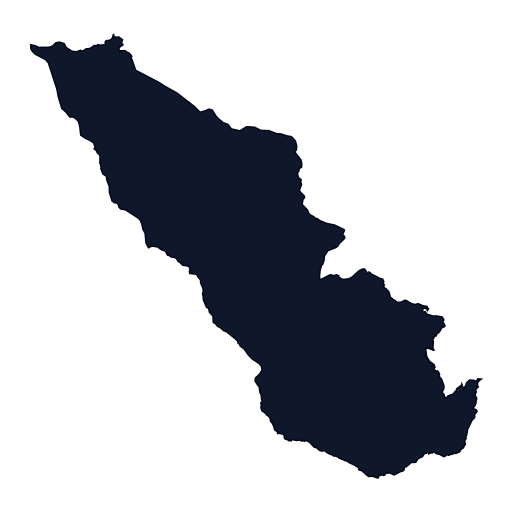 San Miguel de Urcuqui, Imbabura, Ecuador
{"feature_id": "8360857B34555635043771", "entity_name": "San Miguel de Urcuqui", "entity_type": "district", "adm_level": 2, "iso_a3": "ECU", "parent_name": "Ecuador", "parent_adm1": "Imbabura", "projection": "albers", "projection_center": [-78.284, 0.578], "detail": "fine", "context": "isolated", "style": "filled", "palette": "ink", "viewbox_px": 512, "rotation_deg": 0, "n_neighbors": 0, "source": "geoboundaries", "source_scale": "gbopen_adm2", "svg_char_len": 6015}
<svg xmlns="http://www.w3.org/2000/svg" viewBox="0 0 512 512"><path d="M463.2,448.0L465.5,443.9L464.9,442.8L464.9,440.1L466.1,438.6L466.0,436.4L466.7,435.1L467.7,429.2L472.2,419.9L473.8,418.8L473.8,417.8L474.8,417.2L474.5,414.6L477.1,411.5L476.2,409.7L474.1,409.2L473.7,407.9L472.5,408.2L472.3,407.8L474.1,406.7L474.0,406.0L475.1,405.5L475.4,403.8L476.2,403.0L475.8,402.2L476.8,398.2L475.8,396.9L475.1,394.3L476.3,392.0L475.6,389.4L478.3,386.9L477.7,386.2L477.5,384.0L478.1,381.6L481.3,379.1L477.8,378.8L476.2,381.5L474.0,380.3L469.5,380.0L466.5,382.9L465.7,385.8L464.3,387.4L463.5,389.5L461.8,384.0L461.5,385.1L456.7,388.8L456.0,390.9L454.5,392.1L453.6,393.8L447.8,396.0L447.4,396.9L445.5,398.0L444.2,396.1L444.1,394.4L442.1,392.3L444.0,388.2L443.9,385.6L441.6,379.3L438.9,375.9L439.6,374.6L438.5,371.9L437.5,370.9L436.2,371.1L435.5,372.0L435.2,370.3L434.2,370.8L433.8,370.5L433.7,369.6L435.0,367.1L434.1,364.9L433.1,365.4L433.7,364.4L433.1,363.9L430.1,361.8L429.2,362.1L429.3,361.0L427.7,358.1L427.0,358.0L426.7,356.0L423.6,355.7L426.4,354.7L425.7,348.6L428.1,348.1L430.7,349.2L431.4,349.1L432.3,350.0L433.9,350.1L432.9,347.8L433.4,341.3L432.6,340.2L434.8,336.0L436.3,335.9L436.6,334.0L438.7,332.7L440.6,330.2L441.3,328.1L444.0,326.9L445.1,325.9L442.6,321.2L443.7,320.5L443.8,319.4L442.0,316.9L436.2,315.9L433.4,316.1L427.0,314.2L425.2,311.6L424.0,312.1L422.6,311.7L422.9,308.9L424.2,308.1L426.7,308.8L427.4,310.5L428.5,308.7L427.4,307.9L427.2,306.5L422.8,305.7L418.0,303.6L415.7,304.5L411.8,303.8L405.7,300.2L404.1,300.5L401.4,302.1L397.0,302.3L395.1,300.4L392.5,299.4L392.3,298.5L390.4,297.3L389.0,292.0L386.3,289.0L384.1,287.5L383.8,285.9L384.3,284.8L383.4,284.4L383.7,281.4L382.6,279.0L378.8,278.1L377.7,277.1L371.3,274.1L370.1,272.6L368.9,272.1L368.9,273.4L367.0,273.5L367.3,273.2L366.4,271.5L364.5,269.0L362.9,268.9L359.1,270.7L351.9,277.2L348.6,278.8L343.7,279.4L340.7,278.8L340.4,277.9L338.8,278.0L338.7,275.6L337.6,275.6L336.8,274.8L333.8,275.6L330.3,274.7L320.0,279.9L319.5,276.1L320.1,270.4L321.5,265.4L322.7,264.3L323.9,260.8L324.5,255.9L327.8,250.7L335.6,247.7L337.8,246.1L339.3,243.5L343.8,239.2L344.8,238.0L344.7,236.6L342.6,234.6L344.5,230.3L343.9,229.5L334.5,225.0L326.5,223.4L319.7,220.5L317.0,218.5L315.0,218.2L313.9,216.7L311.2,215.4L308.7,213.4L307.5,210.0L302.1,204.4L303.0,199.3L304.4,198.0L304.5,196.8L304.2,195.9L300.3,191.9L299.4,190.4L301.5,184.6L300.7,181.7L301.2,179.8L298.4,177.5L297.4,173.2L298.7,171.3L299.3,168.4L301.4,167.4L301.8,165.1L301.5,162.1L300.7,159.6L294.7,151.8L296.4,150.0L296.7,146.1L295.5,141.2L292.7,137.9L291.2,136.6L286.2,135.7L280.7,133.8L276.9,133.8L268.8,130.6L260.9,130.4L254.5,127.2L246.5,126.7L240.0,130.8L231.4,128.9L228.0,124.4L223.1,122.6L218.9,119.1L216.1,116.2L212.3,110.1L208.8,109.1L205.1,110.9L200.0,112.2L194.6,106.7L177.2,93.2L163.4,85.4L159.4,82.7L135.7,70.3L131.9,59.4L131.3,58.9L131.1,57.3L131.8,56.5L130.8,54.8L129.0,53.0L126.3,51.8L125.0,50.6L119.7,50.8L119.0,49.8L118.9,48.7L119.8,46.9L123.0,44.9L122.8,44.2L121.4,43.7L122.5,39.7L118.7,36.9L116.4,37.3L114.4,36.8L113.8,35.9L113.6,33.9L112.4,37.8L111.2,39.5L109.0,40.4L106.4,40.6L105.4,41.4L105.0,45.2L103.8,44.9L99.4,45.1L98.0,44.6L96.2,45.9L94.4,45.4L89.9,48.5L86.2,48.8L82.9,51.1L80.6,50.3L75.9,51.9L74.1,51.3L72.3,51.4L66.1,47.4L64.2,43.6L59.7,42.1L55.8,42.8L52.6,46.1L49.1,47.3L38.9,47.4L35.3,45.7L30.7,44.8L30.8,48.4L31.5,50.2L33.2,52.2L35.1,54.1L45.4,59.5L48.3,62.7L56.8,88.8L58.4,97.1L61.9,108.6L65.7,111.8L69.8,117.0L73.2,117.0L76.4,119.2L78.5,121.7L79.8,126.9L80.7,135.1L85.2,138.2L90.7,140.8L93.7,143.0L95.1,147.2L94.2,148.5L94.3,149.2L96.0,150.1L97.1,152.5L100.0,155.5L99.9,163.5L101.1,165.2L100.6,165.9L101.2,167.1L100.8,168.5L102.9,174.0L106.4,176.3L106.8,179.9L109.3,186.5L109.4,192.2L112.1,201.1L114.8,202.9L116.8,203.0L117.8,203.7L119.0,207.1L120.6,209.0L125.4,209.8L138.1,218.0L140.4,220.5L141.8,223.9L142.9,229.2L145.1,233.3L146.0,242.9L148.3,247.5L148.7,247.8L149.6,247.0L152.5,246.1L157.8,247.0L160.8,249.4L165.2,251.1L167.6,255.2L168.9,255.3L170.8,256.8L175.5,257.7L177.7,260.3L178.1,261.4L179.8,262.3L182.8,265.3L186.9,265.8L189.1,266.7L190.1,269.2L189.4,271.3L189.8,273.5L196.5,274.3L198.0,277.0L200.5,279.9L200.6,283.0L202.9,288.2L203.3,291.4L202.5,293.8L203.3,297.2L203.3,299.8L206.6,307.4L208.6,308.3L209.5,312.4L213.0,316.1L213.2,322.2L215.7,324.0L217.6,326.3L220.1,327.5L223.7,330.7L226.2,331.5L234.7,338.3L237.5,340.9L238.1,343.3L239.8,344.5L240.1,346.0L243.9,348.7L248.4,355.0L252.4,359.1L258.6,363.2L261.3,366.0L262.0,369.4L261.4,371.2L259.5,374.2L255.5,377.9L255.0,381.0L258.0,385.5L258.5,385.6L259.3,387.4L259.9,392.2L261.3,395.3L261.5,399.1L262.2,400.9L262.1,401.8L260.8,402.8L261.3,405.1L260.9,407.2L261.3,409.1L262.4,411.4L263.7,411.8L265.9,413.9L266.8,414.0L266.7,415.0L269.1,416.6L270.5,419.4L270.3,420.8L272.3,423.3L273.9,426.6L274.6,429.8L277.4,431.9L277.6,433.5L279.4,433.3L283.3,434.3L284.2,435.5L284.5,438.5L285.9,439.4L286.8,439.1L288.5,440.6L291.3,440.8L292.0,439.7L292.6,439.6L296.5,440.5L299.9,440.1L301.7,441.1L303.1,440.6L304.3,441.3L305.0,440.7L307.2,440.9L309.5,442.2L314.2,447.2L316.5,447.7L319.8,450.6L322.2,451.1L324.8,450.6L326.4,452.3L330.3,454.4L331.3,454.3L332.5,455.3L333.1,455.3L333.5,456.0L334.8,455.9L338.4,457.1L339.0,458.1L341.4,458.7L341.6,459.3L343.7,459.5L344.2,460.4L347.2,461.1L348.9,462.5L355.9,465.8L356.2,466.5L357.6,466.7L358.6,468.2L358.7,469.7L362.1,470.9L367.7,475.9L369.2,476.6L371.4,476.2L373.2,476.5L377.9,478.1L379.3,475.5L382.4,474.8L383.5,475.5L384.7,475.2L386.2,472.9L388.1,473.2L389.3,472.8L394.1,474.9L400.8,471.5L402.1,471.3L403.9,470.3L404.5,467.1L406.0,466.9L410.1,463.6L410.7,462.6L415.7,462.3L418.2,458.6L422.5,456.6L424.4,453.6L426.3,453.4L427.4,452.1L428.0,452.3L428.8,454.0L430.0,453.0L432.3,453.0L433.5,452.0L434.5,452.0L436.1,453.6L439.7,454.4L443.8,456.7L445.3,456.1L446.5,454.7L449.0,455.3L450.6,454.2L451.9,454.4L452.1,453.6L453.1,453.8L454.7,453.2L455.7,453.5L459.2,452.0L460.0,451.4L460.1,449.9L460.9,449.8L461.8,448.6L463.2,448.0Z" fill="#0f172a" stroke="#020617" stroke-width="1.5"/></svg>